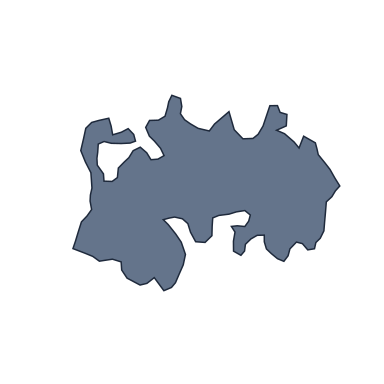 São José do Inhacorá, Rio Grande do Sul, Brazil (orthographic projection), rotated 330°
{"feature_id": "56859067B50874549869187", "entity_name": "São José do Inhacorá", "entity_type": "district", "adm_level": 2, "iso_a3": "BRA", "parent_name": "Brazil", "parent_adm1": "Rio Grande do Sul", "projection": "orthographic", "projection_center": [-54.127, -27.736], "detail": "fine", "context": "isolated", "style": "filled", "palette": "slate", "viewbox_px": 384, "rotation_deg": 330, "n_neighbors": 0, "source": "geoboundaries", "source_scale": "gbopen_adm2", "svg_char_len": 2021}
<svg xmlns="http://www.w3.org/2000/svg" viewBox="0 0 384 384"><g transform="rotate(330 192 192)"><path d="M316.6,199.5L306.7,207.4L305.4,199.7L301.3,187.8L296.1,180.8L306.7,181.9L313.0,172.3L308.1,167.1L309.2,159.9L302.6,156.2L286.5,170.4L278.1,175.1L271.6,176.1L262.7,171.4L259.7,159.2L264.2,140.9L245.5,144.4L237.5,147.8L229.1,139.9L224.6,132.0L221.7,125.7L221.1,118.4L225.9,112.9L228.8,105.2L222.9,98.2L217.0,102.2L212.8,106.9L206.5,112.9L198.8,113.0L191.0,108.8L184.2,112.9L183.0,122.3L184.9,129.1L186.6,138.4L186.0,146.5L178.9,146.5L172.6,143.5L172.4,135.4L169.6,127.3L161.7,126.8L154.5,130.7L148.5,132.1L140.2,134.4L134.6,142.2L128.1,142.9L121.2,138.6L124.4,132.0L123.4,121.4L126.5,115.3L130.1,110.6L134.8,103.6L141.1,104.3L146.5,109.5L154.9,114.6L162.9,118.7L168.5,119.7L170.3,113.0L168.4,105.2L160.7,104.9L151.9,102.8L154.9,94.5L156.8,86.5L147.3,83.5L139.9,81.6L131.9,83.7L125.1,91.2L116.4,100.5L114.7,112.7L114.1,124.7L110.5,132.1L107.3,138.6L102.5,143.8L99.2,148.9L96.3,157.0L89.1,160.3L81.3,162.6L72.8,170.4L66.3,176.5L60.6,181.5L68.8,191.6L73.9,198.2L77.2,205.6L83.4,208.0L89.5,210.4L95.7,217.1L92.1,224.4L92.7,234.2L100.5,246.6L107.3,248.6L116.5,247.3L118.3,263.4L126.5,264.4L132.3,262.3L139.4,257.0L148.0,250.7L155.1,242.8L156.3,236.8L157.6,230.1L156.9,220.3L155.1,208.3L153.3,201.6L159.3,203.2L164.4,205.0L170.3,210.4L172.6,217.3L170.6,226.1L170.3,236.9L178.1,242.2L187.4,239.8L192.3,231.8L197.0,224.8L203.5,225.7L213.0,229.7L220.5,231.4L228.5,234.5L231.0,241.1L226.5,245.6L220.5,248.3L214.3,243.9L208.9,241.5L209.2,248.2L203.3,255.3L198.4,264.0L202.7,271.3L208.0,269.4L212.1,264.0L219.6,262.1L226.8,262.1L233.0,265.5L229.7,271.3L228.0,278.5L229.9,285.0L232.7,292.5L236.9,298.0L243.3,295.3L248.4,290.2L257.4,287.6L261.8,291.9L263.3,300.0L269.7,302.4L274.0,297.7L279.9,296.2L286.8,291.6L291.9,284.2L297.8,275.8L303.4,267.7L310.8,266.0L316.8,262.7L323.0,260.7L322.7,251.4L322.8,241.5L321.7,233.4L320.0,222.8L321.8,217.1L323.4,211.1L316.6,199.5Z" fill="#64748b" stroke="#1e293b" stroke-width="1.5"/></g></svg>